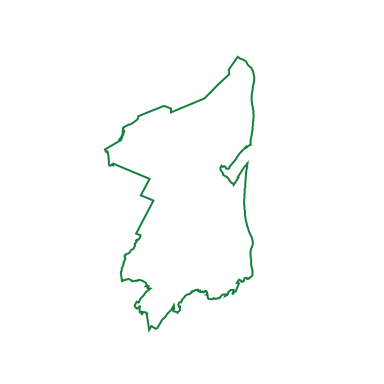 Sakas pag., Pavilostas, Latvia (Natural Earth projection), rotated 123°
{"feature_id": "27541924B80625088425649", "entity_name": "Sakas pag.", "entity_type": "district", "adm_level": 2, "iso_a3": "LVA", "parent_name": "Latvia", "parent_adm1": "Pavilostas", "projection": "natural_earth1", "projection_center": [21.246, 56.856], "detail": "fine", "context": "isolated", "style": "outline", "palette": "green", "viewbox_px": 384, "rotation_deg": 123, "n_neighbors": 0, "source": "geoboundaries", "source_scale": "gbopen_adm2", "svg_char_len": 5919}
<svg xmlns="http://www.w3.org/2000/svg" viewBox="0 0 384 384"><g transform="rotate(123 192 192)"><path d="M331.0,152.8L326.6,153.1L326.4,149.9L326.6,148.1L325.2,147.0L315.4,147.4L314.3,147.3L313.3,146.7L310.7,146.3L307.7,146.4L302.5,145.2L297.0,145.5L299.4,143.5L301.4,143.2L301.9,143.0L302.1,142.7L302.1,142.2L301.7,141.5L300.9,139.4L300.9,139.0L301.2,138.4L297.8,137.8L294.5,139.6L295.3,140.5L293.8,142.2L291.6,142.5L291.1,141.8L290.8,141.3L289.5,141.1L288.4,141.7L284.5,141.1L282.6,141.0L281.2,140.5L280.9,140.2L279.3,139.2L279.0,138.4L278.9,138.4L276.8,137.9L276.3,137.9L275.9,138.0L275.9,137.8L276.1,137.5L275.6,137.4L275.2,137.2L274.6,137.2L274.6,136.9L274.2,136.8L273.9,136.5L272.2,135.8L272.1,134.9L271.9,134.6L270.9,134.3L270.7,133.9L271.5,133.2L270.9,132.6L270.4,131.8L271.3,131.6L271.0,131.0L271.3,130.7L270.9,129.9L270.7,129.8L270.6,129.3L269.7,128.9L270.1,128.5L270.0,127.9L269.4,127.4L269.0,127.4L268.7,126.9L267.8,126.9L267.3,126.2L267.6,125.8L267.6,125.3L269.1,123.7L269.7,123.5L270.1,123.7L269.8,123.0L269.8,122.9L270.3,122.8L271.0,122.0L271.4,121.7L271.6,121.4L271.9,121.3L272.1,121.0L272.2,120.7L272.3,120.6L272.5,120.3L272.3,119.9L272.5,119.6L271.3,117.2L270.1,116.1L269.7,116.2L269.2,116.0L269.0,115.2L268.9,114.0L266.5,112.0L266.1,111.1L265.2,111.2L261.4,110.5L259.3,107.6L261.0,107.4L259.6,106.6L258.2,106.2L256.4,107.0L253.1,106.2L251.4,103.8L252.6,103.0L253.5,103.1L255.1,102.7L255.1,102.2L254.7,102.1L252.4,102.1L251.8,101.8L251.5,101.2L243.0,102.9L243.8,104.9L239.9,104.8L239.9,103.0L239.6,102.7L240.1,102.0L239.8,101.7L240.1,101.3L239.6,100.5L238.9,100.1L238.3,100.0L236.0,100.9L235.2,100.6L234.6,100.1L234.5,99.9L234.7,99.3L234.6,98.6L234.8,98.1L234.7,98.0L234.0,98.3L233.6,97.1L232.8,96.8L232.6,97.0L232.0,96.8L229.5,95.8L227.6,96.7L225.3,98.3L224.8,98.4L222.8,100.8L221.5,102.2L219.7,103.5L217.7,104.7L215.9,106.1L215.7,106.4L211.9,109.4L209.6,110.6L208.0,111.3L207.1,111.6L205.6,111.7L202.4,112.7L201.7,113.1L198.1,116.3L196.8,118.5L193.5,123.5L192.0,125.1L190.1,127.7L188.7,128.9L187.2,130.7L182.8,134.7L181.3,135.9L180.6,136.2L179.6,136.9L177.6,138.7L175.6,140.2L173.6,141.9L173.0,142.2L171.5,143.3L167.5,145.3L165.6,146.7L163.3,147.8L161.5,149.0L160.2,149.6L158.8,150.0L158.4,150.2L157.1,151.2L153.5,153.3L150.8,154.6L150.2,155.0L145.5,157.6L142.4,158.9L141.7,159.0L140.6,159.7L137.5,161.2L138.0,161.3L139.4,161.2L143.2,161.8L154.5,161.7L154.5,161.0L163.4,160.9L162.9,161.6L162.7,162.3L162.8,164.1L162.3,165.8L161.9,167.1L160.8,169.2L160.5,170.0L160.4,170.8L160.6,172.4L160.6,175.4L159.7,175.9L159.4,176.5L157.8,180.2L157.1,180.9L155.5,181.5L153.9,181.6L154.0,180.7L154.2,180.1L154.1,179.8L153.0,179.2L152.7,178.6L152.8,177.7L152.9,177.3L153.7,176.2L153.6,175.5L153.3,174.8L151.7,173.7L150.7,174.1L150.4,174.2L139.8,173.0L139.2,173.3L137.9,173.3L137.3,173.1L133.8,173.1L125.1,171.4L125.8,171.0L124.7,170.4L122.5,169.8L121.1,169.0L120.5,168.4L120.0,168.9L118.7,169.8L116.6,171.0L114.5,172.0L112.6,172.6L110.1,173.8L106.8,175.1L105.2,176.2L102.7,177.3L101.4,178.2L99.1,179.3L97.8,180.1L94.8,181.6L93.9,182.2L92.7,183.2L91.8,183.9L90.3,184.7L89.5,185.8L88.2,186.8L85.2,189.9L84.1,190.7L83.2,191.5L79.1,194.2L76.1,195.7L73.6,196.7L71.5,197.9L69.1,198.9L66.3,199.8L62.9,201.6L61.1,202.9L59.9,204.3L57.7,206.4L57.3,206.9L56.1,209.2L55.7,209.6L55.5,210.3L55.2,213.6L54.7,214.9L54.1,215.9L53.3,217.5L53.1,218.5L53.1,219.7L53.0,220.0L53.5,223.1L54.0,224.6L53.7,226.3L53.9,226.7L53.8,227.3L69.3,227.8L73.1,224.9L87.0,228.5L106.7,232.5L136.7,253.0L133.5,255.1L134.3,259.3L134.6,260.7L135.4,262.7L141.6,267.0L146.6,270.6L157.7,278.3L160.6,277.2L164.0,278.4L168.4,280.2L170.4,282.1L171.7,282.7L175.3,284.8L175.4,284.7L176.2,284.5L176.5,284.3L176.9,284.2L177.1,283.6L177.4,283.5L177.4,283.4L177.5,283.3L177.8,283.3L177.5,282.9L178.1,282.5L178.3,282.5L178.1,282.2L178.5,281.9L178.8,282.2L178.8,281.9L179.4,282.1L179.4,281.9L180.2,281.8L180.3,281.7L180.2,281.5L180.6,281.5L180.9,281.7L181.1,281.6L181.2,281.4L181.4,281.6L181.6,281.5L181.8,281.7L182.3,281.3L182.5,281.5L182.7,281.4L182.7,281.2L182.9,281.3L182.8,281.5L183.4,281.6L183.2,281.5L183.7,281.3L183.9,281.3L183.9,281.2L184.3,281.1L184.0,280.9L184.4,280.8L184.8,280.9L184.6,280.7L185.0,280.6L184.9,280.5L185.8,280.4L185.8,280.1L186.7,280.3L187.0,280.5L186.9,280.2L187.2,280.1L186.8,279.9L187.1,279.8L203.8,288.2L205.1,285.8L204.0,285.1L204.5,284.5L204.5,284.4L207.6,281.5L209.4,280.1L210.3,279.3L213.7,277.0L214.8,275.6L214.2,274.5L213.2,274.4L212.3,274.0L212.1,273.4L212.7,272.8L212.7,272.6L212.3,272.6L211.1,273.3L207.7,254.5L204.1,234.7L222.7,233.1L220.2,219.8L220.2,219.7L257.3,216.2L256.3,211.6L258.6,210.7L259.0,210.9L261.3,211.0L261.6,211.8L261.9,212.2L263.2,212.5L263.4,212.4L263.5,212.2L263.0,211.7L263.8,211.5L265.1,211.4L265.6,211.7L266.6,211.8L267.4,211.4L267.4,210.9L267.6,210.7L271.0,210.2L271.8,210.4L272.9,211.0L274.2,211.4L275.2,211.5L276.3,211.3L277.8,211.6L279.3,212.8L280.0,213.1L280.6,213.7L281.0,213.4L281.4,213.5L282.0,213.9L282.4,213.7L282.9,213.0L283.4,212.8L283.5,212.2L284.4,211.6L286.4,211.2L287.8,211.2L288.7,211.0L289.0,210.4L291.2,209.7L292.4,209.5L293.8,209.5L297.0,207.9L297.7,208.1L298.7,207.6L298.8,207.4L303.7,203.2L303.6,202.8L304.9,202.3L304.6,201.7L303.8,201.7L302.9,201.0L301.8,199.9L299.7,198.1L299.0,195.4L299.0,195.2L299.6,194.0L299.1,193.1L296.4,190.1L296.5,189.6L296.2,189.4L296.0,189.6L295.7,189.5L295.1,189.1L294.4,188.2L294.2,187.5L293.6,186.0L293.4,184.8L293.4,181.4L293.5,180.8L294.7,179.2L296.0,179.4L295.0,177.9L295.7,177.6L295.1,177.0L296.7,176.8L295.7,174.3L300.6,176.1L305.3,176.3L309.6,177.2L313.8,176.5L314.1,178.7L318.8,178.1L320.0,175.0L319.9,174.8L317.8,174.0L316.4,173.7L316.3,173.4L317.5,172.8L318.7,172.3L320.0,171.5L320.2,171.1L321.2,170.2L320.1,169.5L319.6,168.3L320.6,168.5L320.8,168.3L321.0,168.0L321.8,167.8L321.7,167.3L319.5,167.6L318.3,165.7L318.1,164.4L319.0,163.7L318.7,163.3L319.2,163.2L321.8,161.0L331.0,152.8Z" fill="none" stroke="#15803d" stroke-width="2"/></g></svg>